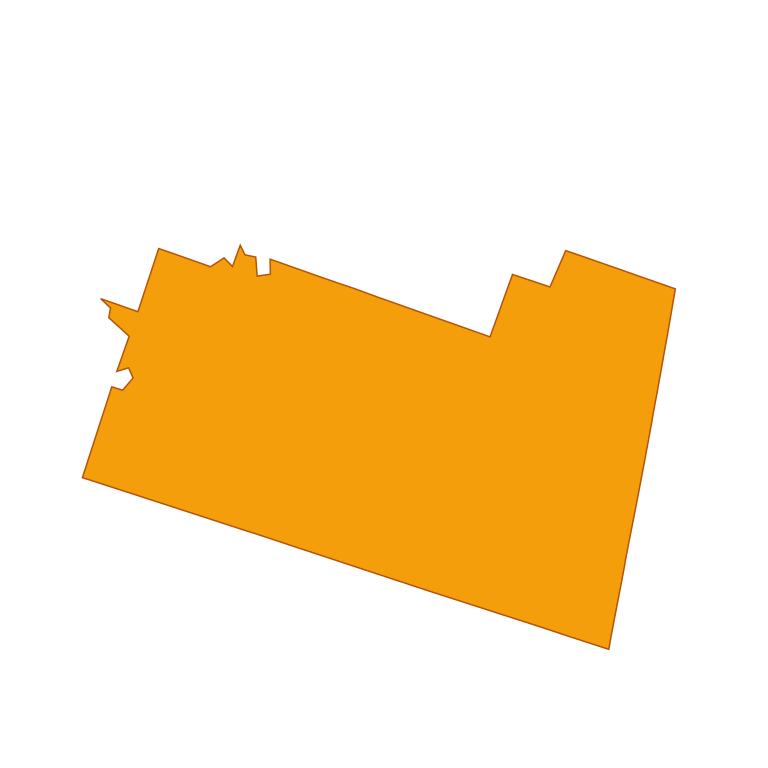 Benton, Arkansas, United States of America, rotated 198°
{"feature_id": "52423323B15242621426255", "entity_name": "Benton", "entity_type": "district", "adm_level": 2, "iso_a3": "USA", "parent_name": "United States of America", "parent_adm1": "Arkansas", "projection": "natural_earth1", "projection_center": [-94.26, 36.3], "detail": "fine", "context": "isolated", "style": "filled", "palette": "amber", "viewbox_px": 768, "rotation_deg": 198, "n_neighbors": 0, "source": "geoboundaries", "source_scale": "gbopen_adm2", "svg_char_len": 1087}
<svg xmlns="http://www.w3.org/2000/svg" viewBox="0 0 768 768"><g transform="rotate(198 384 384)"><path d="M88.2,201.1L90.1,214.3L91.1,222.3L92.8,235.8L97.3,272.0L99.3,287.2L99.8,290.1L101.5,303.4L106.1,341.7L107.6,353.8L111.4,383.6L112.4,391.6L117.4,429.2L117.4,429.7L118.8,438.4L119.5,444.2L119.6,445.1L120.0,447.6L121.9,462.5L122.3,465.0L125.7,489.9L126.4,494.8L128.5,509.9L128.5,510.0L129.7,518.9L136.3,564.5L233.4,566.7L252.4,567.0L256.1,527.6L295.6,527.9L296.5,501.8L296.7,492.4L297.7,461.6L314.5,462.0L409.6,464.5L415.6,464.6L442.1,465.6L460.2,465.8L475.1,466.1L530.9,467.5L526.0,453.3L538.0,447.4L545.2,465.1L556.1,463.9L563.6,471.5L564.4,448.9L575.1,454.5L585.2,441.9L626.7,443.0L640.1,443.2L640.4,376.7L679.8,377.6L667.6,371.8L666.2,362.0L641.1,350.7L642.0,313.4L631.9,320.5L624.5,312.2L630.7,297.3L642.0,297.2L641.9,201.7L612.9,201.8L601.3,201.8L573.8,201.8L570.3,201.8L489.5,201.8L486.8,201.8L471.0,201.8L469.8,201.8L462.1,201.9L461.5,201.9L409.9,201.6L345.2,201.3L277.4,201.0L160.7,201.3L131.4,201.1L88.2,201.1Z" fill="#f59e0b" stroke="#b45309" stroke-width="1.5"/></g></svg>